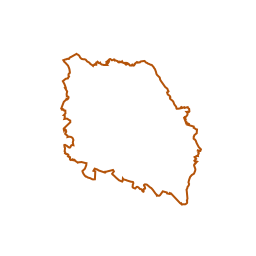 Morroa, Sucre, Colombia, rotated 308°
{"feature_id": "7082276B21586467517782", "entity_name": "Morroa", "entity_type": "district", "adm_level": 2, "iso_a3": "COL", "parent_name": "Colombia", "parent_adm1": "Sucre", "projection": "natural_earth1", "projection_center": [-75.308, 9.392], "detail": "fine", "context": "isolated", "style": "outline", "palette": "amber", "viewbox_px": 256, "rotation_deg": 308, "n_neighbors": 0, "source": "geoboundaries", "source_scale": "gbopen_adm2", "svg_char_len": 5704}
<svg xmlns="http://www.w3.org/2000/svg" viewBox="0 0 256 256"><g transform="rotate(308 128 128)"><path d="M96.0,72.3L97.2,73.4L97.9,74.4L98.0,76.5L98.3,77.9L97.0,79.0L88.0,77.7L87.2,78.4L86.6,79.2L87.7,79.0L88.0,79.1L88.2,79.4L88.1,80.2L87.5,80.2L87.6,80.7L87.4,81.3L86.8,81.7L84.8,82.0L84.6,82.3L84.7,84.6L84.5,85.4L83.6,85.9L84.9,86.9L85.8,88.5L86.0,89.4L85.9,90.7L84.9,92.4L84.0,92.7L82.5,93.5L80.8,95.6L80.2,94.4L79.3,94.0L77.1,94.4L76.4,93.8L76.2,91.7L76.3,90.5L76.0,89.8L76.0,88.9L75.5,88.3L74.8,88.7L74.5,89.3L73.9,89.7L73.5,90.7L70.5,92.5L70.2,93.6L69.3,93.9L69.5,95.7L70.1,96.3L70.2,97.3L70.2,97.5L69.7,97.9L68.7,98.1L68.9,99.8L69.3,99.9L69.3,100.3L67.8,101.3L67.6,101.7L67.4,102.3L67.6,102.8L68.3,103.1L68.5,103.7L68.9,103.4L69.2,103.5L69.3,103.7L69.1,104.5L69.9,105.1L69.9,105.5L69.4,105.6L69.8,106.3L69.6,106.9L69.8,108.6L69.7,109.7L70.7,110.3L71.7,111.5L72.5,112.2L74.4,116.5L74.7,116.9L73.0,118.0L69.4,119.1L66.0,118.6L65.2,119.7L64.5,121.1L63.9,123.1L63.7,124.5L64.0,124.7L64.3,127.0L65.2,129.1L65.6,131.4L66.1,132.3L67.2,133.5L73.7,128.9L73.0,127.1L75.5,126.8L76.4,129.4L76.5,131.0L78.7,137.4L78.9,137.5L79.5,137.0L80.1,137.7L85.7,142.0L85.1,143.6L82.1,143.7L81.9,144.2L81.8,146.6L81.5,149.2L81.3,153.2L82.2,156.4L83.1,156.3L85.0,155.1L84.8,155.8L84.9,156.5L85.8,158.6L86.0,159.5L87.5,163.4L88.5,165.1L88.0,166.0L87.4,166.4L85.9,166.8L85.4,167.4L84.4,167.8L84.2,168.3L84.1,168.9L84.7,170.9L86.9,171.1L87.3,171.5L87.5,171.9L87.6,173.0L87.3,175.1L87.9,176.0L88.0,176.6L87.2,178.1L87.1,178.9L87.3,179.4L87.8,179.3L89.1,178.1L89.8,178.1L90.6,178.7L90.9,178.7L91.7,177.9L92.6,175.9L93.1,175.7L94.0,176.0L94.8,177.3L95.0,177.9L94.8,182.1L95.0,183.3L94.6,185.5L93.3,189.9L93.0,191.5L92.7,192.0L93.1,192.0L93.0,193.2L94.0,194.4L94.8,194.6L99.5,194.4L101.1,198.3L100.5,199.1L101.7,201.5L102.5,201.1L102.7,201.9L102.9,202.1L100.9,215.2L100.9,216.2L101.4,216.3L100.9,217.7L101.7,218.2L102.8,219.7L103.3,220.2L105.0,220.7L106.0,220.3L107.1,219.1L107.3,219.2L107.8,218.8L109.0,218.3L114.6,213.0L115.4,212.1L116.8,211.9L118.2,211.2L120.1,211.2L121.5,210.6L122.4,209.1L125.2,207.9L127.7,207.1L130.2,207.2L132.6,208.1L135.5,207.3L136.7,206.7L137.3,206.1L139.1,203.2L139.7,202.8L141.5,203.0L141.5,202.7L144.0,203.1L143.8,202.5L143.0,201.6L142.9,201.0L143.1,200.4L145.6,200.7L145.9,198.5L146.1,198.3L147.1,199.2L148.1,199.1L148.3,199.3L148.9,200.3L149.1,200.0L151.7,199.3L151.8,198.6L153.6,198.3L153.4,197.1L153.2,197.2L153.1,196.9L153.4,196.8L154.5,199.1L156.1,198.6L156.5,195.5L158.3,191.5L159.7,189.2L160.0,188.3L160.1,187.7L159.9,187.4L160.0,186.3L161.7,185.1L162.0,185.2L163.0,184.7L165.2,185.1L166.1,185.4L169.3,183.3L168.8,182.2L168.8,180.1L168.6,179.7L169.6,178.9L167.3,173.1L167.8,172.9L168.2,173.9L168.7,173.6L168.5,172.6L168.3,172.6L168.2,172.3L167.7,172.5L167.7,171.5L168.1,171.7L168.2,171.3L168.0,171.2L168.3,170.4L168.4,170.6L168.7,170.3L168.5,169.9L168.1,170.1L170.6,165.9L171.0,166.0L170.8,166.4L171.1,166.6L171.1,166.9L171.3,166.6L171.8,166.6L172.0,166.2L172.9,166.8L174.9,166.7L175.8,166.3L176.4,165.6L176.7,164.3L177.0,164.7L177.4,164.8L178.0,166.1L178.8,166.2L180.7,164.4L180.8,162.8L181.2,162.2L178.9,160.4L179.0,160.3L179.1,159.6L178.8,159.4L178.6,159.6L177.6,158.5L177.4,157.1L176.8,157.0L176.5,157.4L176.7,157.7L176.6,157.9L174.5,156.1L173.9,155.3L173.2,154.7L173.2,154.2L174.4,152.8L175.1,150.0L176.6,147.5L176.9,146.2L176.9,143.3L177.6,142.4L178.4,142.4L178.9,141.5L179.0,140.0L178.9,138.7L179.1,138.4L180.1,136.9L180.7,137.3L181.9,137.3L182.1,136.5L183.2,134.8L183.2,132.1L185.3,125.1L185.9,123.6L187.3,121.9L187.7,118.3L188.2,117.0L189.3,115.7L191.0,113.0L191.2,111.9L191.7,110.9L192.3,107.9L192.1,107.4L191.7,106.9L191.5,105.4L191.2,104.6L191.0,103.9L191.1,103.1L190.7,102.3L190.8,100.7L191.0,100.2L190.9,99.6L188.4,97.2L187.7,96.9L187.1,97.0L186.7,96.7L186.1,96.0L185.9,95.4L185.5,95.4L185.4,94.4L184.3,94.2L183.9,94.0L183.4,94.1L183.0,93.9L182.7,94.1L182.1,93.8L181.3,94.3L180.7,94.1L180.2,93.4L180.5,92.3L179.2,92.1L179.1,91.7L178.5,91.2L178.4,90.6L178.7,90.2L178.9,89.2L178.4,88.6L178.6,88.2L178.5,87.9L178.8,87.7L178.5,86.9L178.0,86.8L177.6,87.5L177.0,87.7L176.7,87.5L176.8,86.4L177.5,86.1L177.7,85.8L177.4,85.4L176.9,85.1L176.6,84.1L176.4,84.1L176.3,83.3L176.5,82.9L176.3,82.6L176.6,82.3L175.8,82.1L175.9,81.7L175.3,81.4L175.1,80.4L174.8,80.2L174.3,80.6L173.9,80.1L173.9,79.8L174.3,79.7L174.2,78.5L173.5,76.4L173.0,76.0L173.6,75.1L173.4,74.7L172.0,74.1L171.4,73.5L171.5,71.8L171.4,71.5L171.0,71.2L170.0,70.9L169.8,70.9L169.5,71.3L168.8,70.9L168.5,72.2L168.0,72.2L167.9,72.0L168.0,71.0L166.7,70.3L166.5,70.6L166.3,71.4L166.4,72.1L166.3,72.4L165.7,72.3L165.6,71.7L165.3,71.4L165.0,71.5L164.6,72.0L164.4,72.0L164.4,72.3L162.7,70.1L162.6,69.7L161.8,68.1L161.8,66.8L162.3,65.8L161.5,65.6L161.2,65.0L161.1,64.4L161.5,63.6L161.5,63.2L161.1,63.2L160.0,62.7L158.9,63.7L158.4,64.0L158.2,63.4L158.3,62.9L157.6,62.4L157.3,62.4L157.1,62.8L156.1,62.0L155.4,62.2L155.5,61.0L155.3,59.0L155.7,57.3L155.3,54.7L155.8,52.7L155.5,51.6L154.6,50.4L153.9,48.9L153.9,48.4L154.1,46.9L154.8,45.4L155.0,44.6L154.9,43.1L154.6,42.2L154.7,41.8L148.7,39.3L148.4,39.0L146.9,38.7L146.4,39.0L146.0,38.9L145.1,37.5L144.3,37.2L143.4,36.4L141.6,35.3L140.9,37.2L140.9,38.2L140.2,42.4L138.9,44.7L138.2,45.7L136.0,48.0L135.2,48.3L134.8,48.0L133.9,48.0L132.9,48.6L132.2,49.9L131.0,49.7L130.1,50.1L128.4,48.6L124.8,47.8L123.4,51.0L121.4,54.2L120.8,53.7L119.3,57.6L117.0,58.7L115.4,60.2L115.8,61.1L115.7,62.2L115.3,62.3L114.5,62.8L114.1,62.8L113.3,61.7L112.8,62.4L112.6,62.3L112.4,61.8L109.1,61.3L102.3,63.4L102.6,64.2L101.8,64.7L102.0,65.1L102.5,65.2L102.9,65.7L102.4,66.8L103.1,67.9L101.0,69.7L98.6,69.5L99.0,70.3L97.8,71.4L96.7,71.9L96.4,72.2L96.0,72.3Z" fill="none" stroke="#b45309" stroke-width="2"/></g></svg>